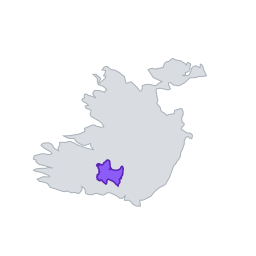 South Tipperary on a map of Ireland (Mercator projection), rotated 34°
{"feature_id": "IRL-5572", "entity_name": "South Tipperary", "entity_type": "County", "adm_level": 1, "iso_a3": "IRL", "parent_name": "Ireland", "parent_adm1": "", "projection": "mercator", "projection_center": [-7.948, 52.469], "detail": "fine", "context": "in_parent", "style": "filled", "palette": "violet", "viewbox_px": 256, "rotation_deg": 34, "n_neighbors": 0, "source": "natural_earth", "source_scale": "10m", "svg_char_len": 5776}
<svg xmlns="http://www.w3.org/2000/svg" viewBox="0 0 256 256"><g transform="rotate(34 128 128)"><path d="M156.4,48.1L151.8,51.3L151.1,52.5L149.9,57.4L149.7,58.8L146.9,64.2L145.3,65.3L142.9,66.2L141.5,67.1L139.8,66.7L137.6,66.7L136.5,67.7L136.6,68.4L137.2,69.3L141.3,71.8L141.0,72.8L139.9,74.0L132.7,76.9L130.6,78.6L129.8,79.8L130.6,81.7L136.3,87.5L137.3,88.2L138.1,91.5L143.2,92.9L145.3,95.0L147.0,95.5L150.9,95.3L152.5,96.1L153.3,95.5L153.9,94.4L158.2,90.3L156.8,87.3L161.2,82.0L162.4,82.1L164.5,83.7L166.2,85.9L166.7,88.9L168.3,91.6L169.3,92.5L172.1,93.0L172.8,94.1L172.3,97.9L172.7,99.2L179.8,99.1L182.6,97.4L185.1,97.7L186.3,99.4L186.8,101.2L184.7,101.9L182.5,101.5L181.4,102.7L181.4,104.9L182.1,107.8L183.6,109.8L184.8,114.4L185.7,119.5L187.3,122.5L187.6,126.3L187.3,128.2L187.6,131.5L187.0,132.7L187.5,135.8L190.0,145.9L190.5,153.7L189.3,156.6L187.6,159.4L186.5,162.7L185.6,166.2L185.1,171.9L181.4,178.5L179.9,180.2L178.0,181.2L182.0,185.8L178.8,187.9L175.2,188.5L171.3,187.4L168.9,187.5L165.8,189.9L165.1,189.5L163.6,185.7L162.6,189.6L160.3,190.8L156.5,190.6L150.0,191.6L147.5,192.7L146.5,194.5L145.7,196.5L144.7,197.6L143.6,198.3L138.6,199.7L137.7,200.3L135.3,203.6L132.3,205.4L129.8,206.0L127.6,204.1L126.7,203.0L125.7,202.4L122.3,202.5L123.3,203.1L124.0,204.4L124.4,206.9L124.0,209.4L122.3,210.7L120.3,210.9L117.1,213.5L112.9,214.2L110.7,216.6L96.8,220.6L96.0,220.6L94.1,219.6L92.1,219.1L90.0,219.5L84.2,221.7L81.4,221.2L85.0,215.7L89.8,212.9L90.3,212.1L88.7,211.7L79.5,213.7L76.4,215.4L73.2,215.8L74.7,213.3L78.8,209.8L82.3,207.5L83.8,205.5L88.2,203.2L74.2,208.0L70.6,207.4L69.7,206.0L66.9,206.7L65.8,203.4L70.0,198.5L72.5,196.4L75.4,195.3L78.2,193.6L79.2,191.6L77.9,191.0L69.5,191.5L65.5,191.0L65.7,189.4L66.4,187.7L70.6,184.6L72.9,184.2L74.9,184.4L78.5,186.2L83.2,185.7L81.2,183.7L80.9,179.8L79.3,178.4L81.3,176.6L83.5,175.5L87.2,171.7L88.5,171.1L95.8,170.2L103.7,168.2L111.5,165.4L107.5,163.9L105.6,161.9L102.5,166.0L100.3,167.6L94.0,168.4L92.0,167.9L89.2,166.7L88.4,167.1L87.6,168.1L83.4,170.1L79.0,170.6L84.1,166.9L90.6,160.6L92.0,158.6L94.0,155.2L93.4,153.6L92.1,152.7L96.7,145.6L98.4,144.3L101.4,144.1L103.6,142.9L104.5,142.9L105.4,142.5L107.3,140.4L104.4,139.0L101.3,138.3L91.8,139.0L90.6,138.9L89.4,138.2L88.6,137.2L88.1,134.8L87.4,134.2L85.2,134.2L83.1,135.0L81.7,134.9L80.2,133.8L82.5,131.3L79.5,130.7L76.5,131.2L74.0,130.5L74.0,128.9L75.1,127.3L73.6,125.8L73.3,123.9L74.9,123.0L76.6,123.3L80.1,121.9L84.7,121.2L80.8,119.9L79.2,118.7L79.2,116.9L79.5,115.3L84.0,112.7L88.7,111.5L88.4,109.8L88.7,107.9L83.9,107.4L79.1,108.7L79.6,105.1L80.8,101.8L81.0,99.7L80.8,97.4L78.5,98.4L78.3,95.1L77.3,92.9L74.0,94.4L74.1,91.5L75.0,89.4L76.8,88.5L78.5,88.9L81.7,88.9L84.8,87.3L89.2,86.9L96.3,87.4L101.1,91.8L102.4,91.0L104.3,88.3L105.3,87.9L112.6,89.2L117.1,90.7L118.3,90.2L117.7,87.2L116.1,85.1L118.1,82.3L120.5,80.4L122.1,79.4L125.8,78.3L127.4,77.2L128.5,73.6L130.2,70.5L120.9,72.1L112.1,68.5L113.5,66.0L115.3,64.6L118.6,63.5L118.9,62.2L120.5,61.1L123.2,58.2L122.2,54.4L122.7,51.7L124.6,49.9L125.3,47.3L126.1,45.4L130.0,44.7L133.8,42.9L139.6,42.7L141.1,43.4L140.8,40.2L143.5,39.8L144.6,40.4L145.1,42.7L146.3,44.1L146.7,46.6L145.9,48.5L144.5,49.9L145.7,51.4L143.8,54.1L145.9,53.0L148.9,50.3L148.8,48.2L148.3,45.4L147.4,43.0L147.8,40.2L149.5,38.5L154.0,37.7L152.2,34.6L153.8,34.3L155.6,35.0L158.2,37.4L163.8,40.8L161.0,43.7L157.7,45.8L156.4,48.1ZM78.1,106.3L78.0,107.7L75.9,105.9L74.9,104.0L69.0,103.1L71.5,101.2L72.6,101.8L76.8,101.9L77.9,102.7L78.1,106.3Z" fill="#d9dde1" stroke="#a8b0b8" stroke-width="1"/><path d="M152.2,181.6L148.8,181.2L147.6,180.8L145.7,180.5L141.5,181.3L140.7,181.3L140.3,181.5L140.0,181.8L140.0,182.1L139.9,182.4L140.0,182.7L140.0,183.7L140.1,184.4L140.2,184.5L140.7,184.7L140.8,184.8L140.9,185.1L141.0,185.2L141.1,185.6L141.1,185.9L141.2,186.7L141.0,186.8L140.6,186.9L136.8,186.5L136.5,186.4L136.3,186.3L136.1,186.1L135.9,186.0L135.6,186.0L134.6,186.0L134.4,186.2L134.3,186.4L134.2,186.7L134.2,186.9L134.3,187.2L134.3,187.4L134.0,187.6L133.7,187.7L131.1,187.6L131.2,187.2L131.1,186.8L130.3,186.6L129.8,186.4L129.7,186.2L129.5,185.9L129.4,185.3L129.2,184.6L128.7,184.2L129.4,183.2L129.5,183.0L129.5,182.7L129.4,182.6L129.2,182.4L128.9,182.2L128.9,181.9L129.2,180.7L129.2,180.4L129.0,180.2L128.3,180.2L128.0,180.0L127.8,179.7L127.4,178.8L127.2,178.5L127.0,178.3L126.5,178.3L126.3,178.3L125.1,177.2L124.9,177.0L124.7,177.0L124.3,177.0L124.1,177.0L123.8,176.9L123.5,176.8L123.4,176.8L123.1,176.7L122.8,176.4L122.7,176.2L122.9,175.7L122.9,175.2L122.9,174.9L123.0,174.8L123.0,174.6L123.5,174.2L123.7,173.9L123.8,173.8L124.1,173.7L124.2,173.8L124.3,173.8L124.4,174.0L124.5,174.4L124.4,174.9L124.5,175.1L124.7,175.3L124.9,175.1L125.0,174.9L125.0,174.3L125.0,173.9L125.5,173.6L125.9,173.4L126.3,173.3L126.5,173.3L126.8,173.4L127.1,173.4L127.3,173.3L127.3,173.2L127.5,172.7L127.6,172.4L127.6,172.1L127.6,171.3L127.5,170.9L127.4,170.5L127.5,170.3L127.5,170.1L127.7,169.9L127.8,169.7L127.9,169.4L128.0,168.5L128.1,168.2L128.4,167.4L128.5,167.0L128.6,166.1L129.9,165.6L131.1,165.6L132.7,167.3L134.7,169.8L135.2,170.4L136.1,171.0L135.8,172.6L135.9,172.8L136.0,172.8L136.2,172.6L136.6,170.9L137.1,171.2L138.5,171.3L140.5,170.5L142.6,169.2L144.2,166.7L144.4,165.6L144.1,164.6L144.1,163.7L144.6,163.0L145.2,163.2L145.4,163.3L145.9,163.7L146.5,164.0L146.9,164.5L148.2,167.3L149.0,168.3L149.2,168.7L149.2,169.3L149.2,169.6L149.4,169.7L149.7,169.9L149.8,170.1L149.8,170.3L149.8,170.8L149.7,172.0L149.7,172.8L149.8,172.9L149.8,173.1L150.0,173.2L150.5,173.1L150.6,173.3L150.6,173.7L150.6,173.8L150.6,174.0L150.3,174.4L149.9,174.6L149.6,174.8L149.6,175.0L149.5,175.3L150.2,175.8L150.4,176.0L150.6,176.3L151.4,177.1L151.5,177.4L151.6,177.7L151.6,178.6L151.5,179.1L151.5,179.5L151.6,180.1L152.2,181.6Z" fill="#8b5cf6" stroke="#5b21b6" stroke-width="1.5"/></g></svg>